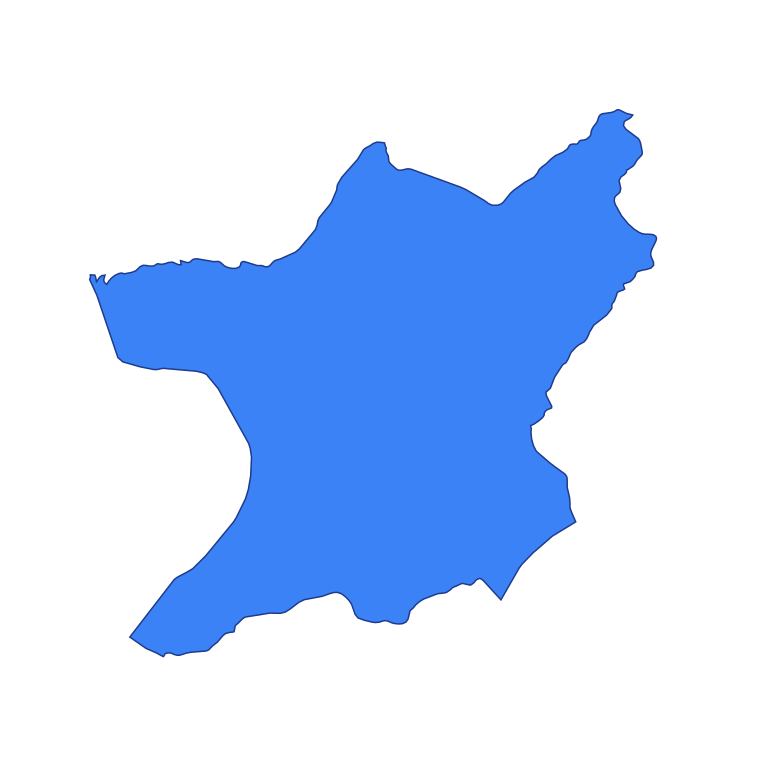 the Department of Cochabamba, rotated 259°
{"feature_id": "BOL-1291", "entity_name": "Cochabamba", "entity_type": "Department", "adm_level": 1, "iso_a3": "BOL", "parent_name": "Bolivia", "parent_adm1": "", "projection": "natural_earth1", "projection_center": [-65.4, -17.184], "detail": "fine", "context": "isolated", "style": "filled", "palette": "blue", "viewbox_px": 768, "rotation_deg": 259, "n_neighbors": 0, "source": "natural_earth", "source_scale": "10m", "svg_char_len": 4897}
<svg xmlns="http://www.w3.org/2000/svg" viewBox="0 0 768 768"><g transform="rotate(259 384 384)"><path d="M149.8,457.6L171.6,444.3L173.7,442.6L174.9,440.9L174.5,438.2L173.5,436.3L171.9,434.5L170.8,432.4L170.1,430.3L173.4,422.7L170.9,412.0L169.5,410.2L168.3,407.5L167.5,405.5L167.4,402.9L167.9,396.7L165.4,382.1L164.3,379.0L163.2,376.5L161.0,372.8L158.4,369.7L156.6,366.4L148.7,362.8L146.1,360.1L145.2,356.4L145.7,352.3L147.1,348.0L147.9,346.4L150.9,341.9L151.5,339.8L151.6,337.9L151.1,334.0L151.5,329.9L152.7,326.4L155.9,319.5L159.3,313.9L163.4,311.7L173.6,310.2L177.6,308.7L182.1,305.9L186.1,302.4L188.4,298.4L188.9,295.1L188.7,291.8L187.4,282.5L187.4,279.9L187.5,264.7L186.0,258.9L180.9,248.7L178.9,243.3L178.7,238.3L180.9,228.1L181.7,203.3L180.6,200.4L177.0,195.1L175.6,192.5L174.9,191.8L169.5,189.6L169.3,188.3L169.6,185.2L169.3,180.8L167.4,177.4L162.4,171.2L159.8,166.0L156.7,161.6L156.1,160.1L155.9,158.1L157.5,143.3L157.5,138.3L156.9,133.5L156.8,131.2L157.3,128.9L158.6,126.3L160.0,124.4L161.0,122.3L161.3,119.2L161.0,117.8L160.4,117.1L159.6,116.6L158.9,116.0L158.5,115.3L163.7,108.9L169.9,99.9L184.1,86.2L232.1,140.8L233.9,144.6L236.5,153.3L238.5,159.2L239.4,161.3L249.3,176.1L277.3,210.0L281.0,213.5L297.7,226.1L306.3,230.7L319.6,235.7L337.5,240.0L346.0,240.4L351.5,239.8L411.0,220.4L427.4,211.5L429.7,208.0L432.3,202.4L441.6,169.9L441.5,163.7L442.1,160.9L447.4,147.9L455.6,131.8L460.8,127.8L525.9,119.1L542.7,115.0L545.0,116.3L547.2,116.5L546.1,120.9L544.1,121.3L539.3,121.3L543.2,125.4L544.2,127.6L544.1,130.9L541.7,129.6L539.3,128.7L537.0,128.9L534.7,130.9L537.5,133.5L540.0,136.7L541.9,140.4L543.0,144.6L543.1,147.1L542.6,148.5L542.0,149.5L541.7,150.8L541.7,157.8L542.5,162.0L545.7,167.0L546.5,170.1L545.7,173.3L544.4,176.6L543.8,180.4L545.3,184.6L543.9,188.6L543.9,192.2L544.4,195.7L544.0,199.6L540.2,205.2L539.9,207.6L544.0,207.8L540.9,213.6L540.5,215.4L540.9,217.1L542.5,219.6L542.9,221.5L542.6,224.3L537.3,238.4L537.0,238.8L536.8,239.4L535.9,244.9L534.4,246.8L530.5,249.8L528.8,251.9L527.3,254.8L526.2,258.0L525.8,261.2L526.5,264.2L527.8,265.7L529.3,266.3L530.6,267.1L531.1,269.0L530.7,270.5L524.5,282.1L523.6,286.6L521.5,290.3L521.4,292.8L522.2,294.8L524.8,298.2L525.8,300.1L526.2,301.9L526.5,305.8L530.2,321.8L532.7,326.6L548.7,346.2L552.8,348.7L556.5,350.1L558.2,351.1L559.9,352.5L570.7,365.5L573.2,367.7L583.2,374.4L587.8,376.0L589.3,377.0L595.0,382.0L609.5,400.9L617.3,408.0L618.4,409.4L619.1,410.9L620.7,416.1L622.1,419.2L622.8,423.0L621.9,426.7L620.6,430.5L617.9,430.7L614.8,431.2L612.8,430.5L611.3,430.5L607.6,431.6L606.0,431.7L602.7,431.3L601.1,431.4L599.1,432.3L592.7,437.1L591.4,438.5L590.7,440.9L590.6,442.9L590.8,447.5L590.4,449.5L589.8,451.4L562.7,496.6L559.2,501.5L545.1,517.4L541.3,520.9L538.9,524.2L537.8,529.7L538.5,533.6L539.6,535.7L547.3,544.8L549.6,548.7L555.2,560.9L558.4,570.7L560.8,573.7L562.2,575.2L564.5,576.8L565.6,578.3L567.0,580.6L569.3,585.4L572.8,590.6L575.5,595.9L577.3,603.8L579.9,609.1L582.1,610.9L583.0,611.8L583.5,613.1L583.5,615.3L583.2,616.7L582.9,618.1L582.7,619.2L583.1,620.1L585.1,622.1L585.6,623.4L585.4,626.4L585.4,627.9L585.8,629.7L587.1,632.1L588.0,633.4L588.8,634.2L589.5,634.6L592.6,635.7L594.4,636.8L596.9,639.0L599.7,642.3L601.3,643.6L605.2,645.8L605.9,646.5L606.6,647.1L607.1,647.9L607.1,648.0L607.4,648.9L607.6,650.3L607.2,658.3L607.3,660.4L607.5,661.9L608.6,665.0L608.6,666.2L607.9,667.7L603.5,673.4L600.6,679.5L598.9,677.7L598.0,676.1L596.4,671.2L595.5,669.8L591.9,668.4L588.0,670.0L576.5,680.4L574.4,681.3L571.7,681.8L563.1,681.8L560.7,681.4L559.2,680.3L556.5,676.3L555.0,674.6L551.7,671.7L550.3,669.9L547.8,663.9L547.6,663.0L545.5,662.2L544.0,660.4L542.0,656.0L538.9,653.6L530.7,653.7L527.3,652.2L526.2,650.7L524.3,647.2L522.9,645.9L519.7,644.9L515.9,645.3L503.7,649.3L494.5,654.3L488.1,659.2L484.2,663.3L482.6,665.6L481.4,668.4L480.1,674.2L479.1,676.9L477.1,679.0L474.8,679.3L472.5,678.2L464.8,672.4L461.7,670.8L458.7,670.4L452.1,671.8L449.1,671.3L446.9,668.3L446.4,664.3L446.4,658.8L445.9,654.0L444.0,652.0L442.1,651.2L440.2,649.3L438.6,647.0L437.5,645.2L436.5,638.3L434.7,637.8L432.7,638.3L431.2,638.3L430.5,636.2L430.4,634.5L430.0,632.4L429.4,630.7L428.8,630.0L427.1,629.4L421.3,625.8L419.7,623.8L418.9,623.1L417.8,622.7L415.3,622.2L414.3,621.7L409.1,615.6L401.7,601.1L395.6,595.6L392.8,593.9L389.7,591.5L387.2,588.5L385.3,582.7L383.3,579.1L379.2,573.5L373.2,569.4L370.2,566.7L368.9,563.2L358.3,552.9L348.1,546.5L345.0,541.3L341.4,541.2L330.1,544.4L328.5,543.9L327.5,538.9L326.3,537.0L324.7,535.7L322.8,535.2L320.8,533.3L318.3,528.9L316.1,523.9L315.2,520.0L311.7,520.0L310.0,519.4L308.0,519.0L302.1,518.4L295.3,518.9L290.7,520.1L288.6,520.9L274.8,531.8L271.1,535.1L261.3,544.2L259.4,545.3L257.9,545.7L255.9,545.7L247.3,544.1L237.1,544.5L230.5,543.7L229.1,543.3L227.5,543.0L223.6,543.4L212.1,545.9L202.6,520.3L189.6,497.7L180.7,485.0L177.7,481.7L149.8,457.6Z" fill="#3b82f6" stroke="#1e3a8a" stroke-width="1.5"/></g></svg>